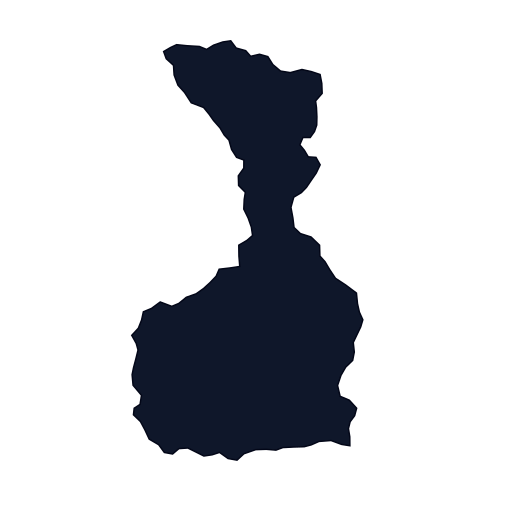 outline of Seritinga, Minas Gerais, Brazil, rotated 99°
{"feature_id": "56859067B88996032086182", "entity_name": "Seritinga", "entity_type": "district", "adm_level": 2, "iso_a3": "BRA", "parent_name": "Brazil", "parent_adm1": "Minas Gerais", "projection": "orthographic", "projection_center": [-44.473, -21.917], "detail": "fine", "context": "isolated", "style": "filled", "palette": "ink", "viewbox_px": 512, "rotation_deg": 99, "n_neighbors": 0, "source": "geoboundaries", "source_scale": "gbopen_adm2", "svg_char_len": 1929}
<svg xmlns="http://www.w3.org/2000/svg" viewBox="0 0 512 512"><g transform="rotate(99 256 256)"><path d="M68.5,379.2L75.2,375.5L80.6,367.3L90.0,365.2L99.5,359.8L105.6,352.2L114.8,343.9L117.5,331.0L123.3,324.5L128.8,319.2L135.1,311.6L141.5,306.3L145.8,300.8L154.6,296.8L161.6,290.6L163.1,283.0L171.1,281.8L179.6,286.0L189.1,284.2L194.8,276.5L201.9,276.5L211.6,275.4L219.7,269.7L228.2,265.1L236.3,262.6L242.0,267.4L248.0,274.7L259.0,272.8L268.9,270.4L271.9,279.9L274.8,290.3L282.2,292.2L289.7,297.4L296.4,302.8L302.7,309.2L307.7,318.4L314.9,324.8L318.9,331.3L316.4,343.4L324.1,351.0L328.7,358.5L337.2,359.0L345.7,360.9L353.8,366.3L361.1,360.6L367.3,357.8L376.8,358.6L385.6,359.5L392.6,359.8L402.9,357.2L411.5,347.3L420.7,347.3L425.4,352.5L432.0,352.2L437.6,344.2L445.0,338.6L453.6,332.8L457.6,322.6L464.4,315.8L464.6,307.4L458.3,302.0L456.3,293.3L459.6,282.8L461.7,276.2L459.2,268.2L455.7,261.3L460.4,251.9L460.6,242.8L453.2,237.0L447.3,226.0L445.3,215.6L444.6,205.9L441.0,199.5L438.8,189.1L436.8,178.5L433.9,171.9L429.3,164.8L426.5,153.0L428.7,142.0L428.7,133.6L419.9,135.1L412.0,137.7L405.0,137.1L398.3,133.6L390.6,132.8L383.8,141.3L381.4,151.0L371.1,155.2L360.5,153.4L351.7,150.0L344.0,144.2L335.5,143.9L326.2,146.4L317.4,143.8L309.7,141.5L302.3,140.5L295.3,145.1L287.2,148.3L276.9,151.0L270.6,162.9L265.6,174.0L257.9,181.1L250.9,186.9L246.0,192.9L235.4,194.9L228.6,204.6L226.9,215.7L221.9,222.9L212.7,225.5L202.5,229.1L192.0,227.9L186.3,221.1L180.3,216.9L172.2,213.1L164.7,209.5L155.9,206.9L149.2,212.2L149.9,219.9L144.0,224.8L139.3,230.1L131.6,228.2L130.5,221.0L123.9,217.7L117.2,216.5L109.1,217.6L99.9,219.5L93.5,221.4L85.0,216.1L75.3,218.0L66.7,221.1L65.2,230.2L64.6,239.8L69.5,250.8L69.5,260.7L64.3,269.3L57.2,275.5L56.2,284.1L59.6,292.5L54.8,298.3L53.7,308.1L47.4,314.6L49.8,322.3L54.4,330.9L59.7,337.1L57.9,344.7L59.1,356.8L59.7,367.5L63.5,373.1L68.5,379.2Z" fill="#0f172a" stroke="#020617" stroke-width="1.5"/></g></svg>